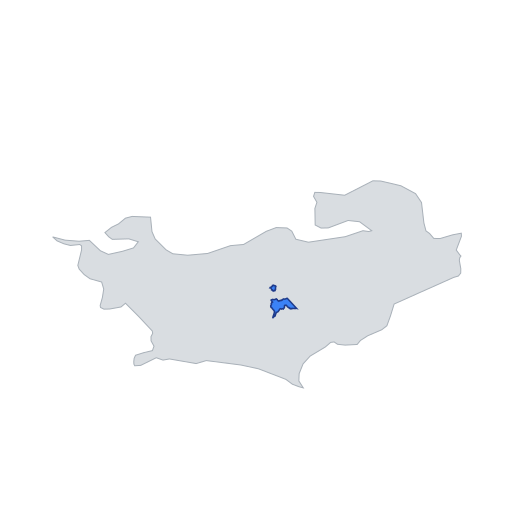 Heredia, Heredia, Costa Rica shown in context, rotated 136°
{"feature_id": "36466004B27145305633617", "entity_name": "Heredia", "entity_type": "district", "adm_level": 2, "iso_a3": "CRI", "parent_name": "Costa Rica", "parent_adm1": "Heredia", "projection": "orthographic", "projection_center": [-84.079, 10.129], "detail": "fine", "context": "in_parent", "style": "filled", "palette": "blue", "viewbox_px": 512, "rotation_deg": 136, "n_neighbors": 0, "source": "geoboundaries", "source_scale": "gbopen_adm2", "svg_char_len": 5749}
<svg xmlns="http://www.w3.org/2000/svg" viewBox="0 0 512 512"><g transform="rotate(136 256 256)"><path d="M419.5,261.3L418.9,263.1L417.2,265.0L414.8,267.0L411.6,268.3L403.8,264.4L396.2,259.9L392.0,262.0L390.4,267.9L387.6,270.9L384.1,272.1L382.7,274.1L382.4,294.0L382.7,312.7L388.5,313.1L398.2,319.6L402.3,323.4L403.6,327.0L402.4,328.7L395.4,332.8L388.5,338.0L385.1,344.5L391.2,354.9L392.5,362.0L392.3,369.4L390.7,373.0L377.3,381.5L374.4,384.5L374.8,386.7L382.2,392.5L385.7,398.2L388.6,405.1L389.0,411.0L382.3,400.0L373.0,389.5L365.0,383.0L364.3,367.9L361.1,359.7L348.9,352.2L338.5,346.9L330.8,348.0L335.6,356.7L347.8,367.8L348.6,372.1L348.4,377.8L340.0,377.0L332.6,374.6L323.6,373.9L317.6,370.5L304.9,357.2L313.9,345.8L316.7,338.3L316.4,322.9L314.3,315.4L304.6,304.0L289.0,291.4L267.2,281.2L256.9,272.9L231.4,266.6L221.7,262.4L214.2,254.6L213.0,249.0L215.7,240.4L208.7,229.5L178.4,207.9L161.5,199.9L157.9,195.3L155.2,193.8L157.7,208.7L165.1,217.6L184.5,226.0L189.8,230.9L191.9,237.2L180.6,249.3L174.9,252.3L173.2,258.9L169.5,260.9L165.7,257.1L150.0,238.1L119.7,228.9L114.2,223.3L103.0,205.9L97.9,190.0L99.8,179.5L112.3,163.1L116.3,156.0L115.5,151.6L115.9,145.1L111.3,140.6L99.8,134.6L92.5,129.8L94.5,127.5L107.8,121.2L108.6,115.5L108.6,113.6L110.7,113.2L112.7,111.7L113.8,110.1L117.5,104.6L120.6,101.5L124.3,101.0L128.7,103.3L145.3,109.3L163.7,116.0L190.0,125.5L200.9,119.5L210.3,114.9L216.8,115.6L231.0,121.0L239.5,122.7L244.7,122.1L253.8,130.0L258.7,135.9L259.5,139.9L262.3,142.0L269.3,142.4L286.6,146.4L297.1,145.7L306.7,141.4L312.0,136.3L313.6,128.3L316.0,132.3L318.9,138.5L320.2,146.5L332.6,173.2L342.6,188.1L364.4,215.3L373.8,220.2L389.8,242.1L395.2,245.7L398.4,252.1L414.9,257.4L419.5,261.3Z" fill="#d9dde1" stroke="#a8b0b8" stroke-width="1"/><path d="M285.6,200.7L286.2,200.3L286.7,200.0L287.1,199.5L286.6,199.8L286.4,199.9L286.2,199.9L285.8,199.9L285.7,199.9L285.3,199.8L285.0,199.8L284.8,199.8L284.6,199.9L284.5,199.7L284.3,199.6L284.2,199.7L284.1,199.8L283.9,199.8L283.8,199.7L283.6,199.7L283.3,199.9L283.1,200.1L282.9,200.2L282.6,200.3L282.4,200.4L282.4,200.5L281.8,200.8L281.7,200.9L281.0,201.0L280.7,201.0L280.4,201.1L279.9,201.1L279.7,200.9L279.4,200.8L279.2,200.8L278.7,200.6L278.4,200.7L278.3,200.8L278.1,200.8L277.7,200.8L277.4,201.0L277.1,200.9L276.6,201.1L276.4,201.1L276.1,201.1L275.9,201.1L275.6,201.2L275.5,201.3L275.4,201.3L275.2,201.3L274.8,200.9L274.5,200.3L274.5,200.1L274.4,200.0L274.4,199.9L274.2,199.8L273.9,199.8L273.6,199.7L273.2,199.2L273.1,198.9L272.9,199.0L272.5,199.1L272.4,199.1L272.2,199.1L271.9,199.0L271.7,199.1L271.5,199.3L271.2,199.4L270.9,199.5L270.7,199.8L270.4,200.1L270.3,200.3L270.2,200.3L269.8,200.5L269.4,200.5L269.2,200.4L269.0,200.0L268.9,199.8L268.5,199.7L268.5,199.2L268.5,198.9L268.5,198.7L268.5,198.3L268.5,198.1L268.5,197.8L268.6,197.7L268.6,197.4L268.6,197.2L268.5,196.8L268.4,196.6L268.4,196.3L268.3,196.2L268.3,195.9L268.2,195.9L268.0,195.7L268.1,195.3L268.0,195.2L268.2,194.8L268.1,194.6L267.8,194.5L267.7,194.4L267.7,194.2L267.7,193.9L267.7,193.7L267.4,193.5L267.2,193.5L267.0,193.4L266.9,193.4L266.8,193.2L266.7,193.1L266.4,193.2L266.3,192.9L266.0,192.7L265.9,192.7L265.6,192.3L265.4,192.2L265.2,192.0L265.1,191.9L264.8,191.6L264.6,191.5L264.6,191.4L264.6,191.2L264.3,190.9L263.8,190.7L263.5,190.7L263.4,190.4L263.2,190.1L262.9,203.8L263.1,203.9L263.3,204.0L263.5,204.3L263.8,204.3L264.2,204.5L264.3,204.5L264.8,204.7L265.0,204.8L265.2,205.0L265.4,205.1L265.5,205.3L265.6,205.5L265.8,205.7L265.9,205.8L266.0,206.0L266.6,206.2L266.9,206.1L267.2,206.1L267.4,206.2L267.6,206.2L267.8,206.1L268.0,206.1L268.3,206.3L268.4,206.6L268.6,206.5L268.9,206.5L269.0,206.7L269.3,206.8L269.3,207.1L269.5,207.3L269.8,207.4L270.2,207.6L270.4,207.6L270.5,207.5L270.8,207.7L271.0,207.7L271.0,207.8L270.9,208.0L271.0,208.3L271.3,208.6L271.3,209.2L271.2,209.5L271.0,209.8L271.1,210.1L271.1,210.3L271.1,210.7L271.1,210.8L271.1,211.0L271.4,211.2L271.7,211.2L271.9,211.3L272.0,211.4L272.3,211.5L272.5,211.5L272.8,211.7L272.9,211.8L273.2,211.9L273.5,212.2L273.5,212.3L273.8,212.7L274.4,213.1L274.4,213.3L274.5,213.3L274.8,213.5L274.9,213.4L275.1,213.4L275.1,213.5L275.3,213.6L275.5,213.7L275.6,213.8L276.0,213.5L276.1,211.3L276.3,211.3L276.5,211.3L276.8,211.4L276.9,211.6L277.0,211.6L277.3,211.5L277.6,211.3L277.8,211.2L278.0,211.0L278.3,211.0L278.3,210.9L278.3,210.6L278.5,210.5L278.6,210.4L278.8,210.4L279.0,210.2L279.3,210.1L279.5,210.1L279.8,210.1L280.0,210.0L280.1,209.9L280.2,209.7L280.3,209.6L280.4,209.4L280.6,209.3L280.7,209.2L280.8,208.9L280.8,208.6L280.7,208.5L280.7,208.4L280.8,208.1L280.7,208.0L280.7,207.9L280.6,207.6L280.9,206.4L280.8,206.0L280.9,205.7L280.9,205.3L280.9,205.1L280.8,204.8L281.1,204.1L281.0,203.9L281.3,203.3L281.2,203.2L281.4,202.7L281.7,202.7L282.3,202.5L282.5,202.4L282.9,202.1L283.2,201.9L283.3,201.7L283.6,201.7L283.9,201.6L284.1,201.4L284.8,201.1L285.0,201.0L285.2,200.9L285.4,200.8L285.6,200.7ZM267.6,222.4L268.0,221.1L267.9,220.9L267.8,220.5L268.2,220.5L268.1,220.2L268.1,219.7L268.0,218.9L267.7,219.0L267.4,218.9L267.1,218.5L267.0,218.3L266.7,217.9L266.3,217.9L266.2,218.0L265.8,218.2L265.7,218.3L265.6,218.6L265.4,218.7L265.2,218.7L264.9,218.6L264.8,218.8L264.7,218.9L264.6,219.0L264.4,219.2L264.3,219.3L264.2,219.5L263.8,219.8L263.7,220.0L263.4,220.2L263.2,220.1L263.0,220.3L262.8,220.3L262.7,220.5L262.8,221.0L262.9,221.4L263.1,221.6L263.5,221.9L263.5,222.0L263.7,222.3L263.5,222.5L263.6,222.8L263.9,223.0L264.1,223.0L264.3,223.1L264.5,223.3L264.6,223.2L264.9,223.2L265.1,223.1L265.4,223.1L265.4,222.9L265.6,222.9L265.9,222.9L266.2,222.9L266.4,223.0L266.5,223.0L266.9,223.2L267.0,223.2L267.2,223.3L267.3,223.3L267.5,223.3L267.6,223.5L268.0,223.4L267.9,223.3L267.8,223.1L267.7,222.9L267.6,222.6L267.6,222.4Z" fill="#3b82f6" stroke="#1e3a8a" stroke-width="1.5"/></g></svg>